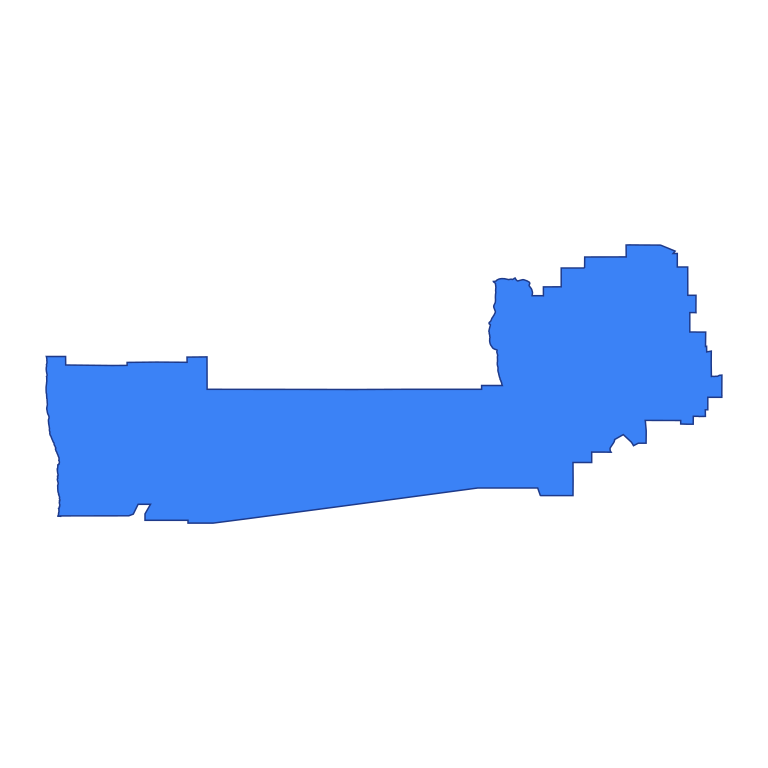 outline of Carnamah, Western Australia, Australia
{"feature_id": "25037944B79646276692029", "entity_name": "Carnamah", "entity_type": "district", "adm_level": 2, "iso_a3": "AUS", "parent_name": "Australia", "parent_adm1": "Western Australia", "projection": "mercator", "projection_center": [115.345, -29.731], "detail": "fine", "context": "isolated", "style": "filled", "palette": "blue", "viewbox_px": 768, "rotation_deg": 0, "n_neighbors": 0, "source": "geoboundaries", "source_scale": "gbopen_adm2", "svg_char_len": 5774}
<svg xmlns="http://www.w3.org/2000/svg" viewBox="0 0 768 768"><path d="M640.7,245.0L629.1,244.9L626.1,245.0L626.2,256.9L584.7,257.0L584.6,267.4L583.9,268.0L561.2,268.0L561.2,286.8L543.4,286.9L543.4,295.8L542.1,295.7L532.1,295.7L532.5,293.0L532.5,292.3L531.7,289.4L531.2,288.5L529.6,286.4L529.3,286.0L529.2,285.6L529.1,285.3L529.2,284.8L529.5,284.2L529.7,283.8L529.8,283.4L529.7,283.1L529.5,282.4L529.3,282.2L528.3,281.6L527.1,280.9L524.0,279.8L523.6,279.7L522.5,279.7L519.0,280.6L518.2,280.9L517.7,280.9L517.4,280.9L516.4,280.1L515.6,278.9L515.1,278.0L514.2,278.4L513.5,279.0L512.2,279.5L511.6,279.2L510.7,279.2L508.6,279.6L504.5,278.7L501.7,278.6L500.1,278.8L498.9,279.1L497.0,280.0L495.9,281.1L494.4,281.4L493.6,281.4L493.5,281.5L493.4,281.5L493.5,281.8L495.2,283.2L495.5,283.5L495.5,284.8L495.7,285.4L495.7,286.0L495.8,286.8L495.9,287.6L495.7,288.8L495.7,289.4L495.6,290.9L495.8,291.9L495.8,292.5L495.5,294.5L495.4,296.8L495.4,298.0L495.5,299.3L495.4,301.7L495.3,302.3L495.2,302.7L494.1,305.0L493.9,305.4L493.7,306.6L493.9,307.6L495.3,311.3L495.4,311.9L495.2,312.6L494.4,314.3L494.0,315.1L493.5,315.8L492.8,317.0L492.0,318.1L491.6,319.0L491.0,320.6L490.4,321.5L489.4,322.3L489.2,322.5L489.1,322.9L489.1,323.3L489.1,323.7L489.3,324.0L490.0,324.3L490.3,324.6L490.4,324.8L490.4,325.0L489.5,328.3L489.0,330.5L488.9,331.1L488.9,331.5L489.3,332.7L489.3,333.2L489.2,333.6L489.7,335.1L489.7,336.1L490.0,337.5L489.7,338.5L489.7,339.3L489.7,339.9L489.6,340.9L489.7,341.5L490.0,343.1L490.3,344.1L490.8,345.2L491.8,346.6L492.3,347.4L492.7,348.0L493.1,348.3L493.9,348.8L495.0,349.3L496.6,349.8L496.9,349.9L497.1,350.1L497.1,350.4L497.1,350.7L496.9,351.3L496.8,352.0L497.0,352.8L497.5,354.5L497.7,355.5L497.6,355.8L497.5,356.2L497.4,357.0L497.5,359.3L497.5,361.3L497.5,361.6L497.3,362.5L497.3,363.9L497.3,364.6L497.6,366.1L497.9,367.0L498.0,367.5L498.0,368.8L497.9,370.4L498.0,370.8L498.1,371.7L498.6,373.2L498.9,374.9L499.2,375.8L499.4,376.9L499.6,377.4L500.0,378.3L500.1,379.4L500.3,379.8L500.8,380.5L500.9,380.9L501.1,381.4L501.0,381.7L501.2,381.8L501.5,382.3L501.9,384.5L502.3,385.5L481.6,385.5L481.6,389.3L405.3,389.3L353.9,389.5L299.6,389.4L207.1,389.3L207.0,356.9L187.0,357.1L187.1,362.3L156.6,362.1L127.1,362.4L127.1,365.4L112.0,365.5L65.7,365.0L65.6,356.5L46.4,356.5L46.5,356.7L46.6,357.7L46.9,359.5L46.8,360.3L47.0,362.2L46.9,362.9L46.8,363.7L46.4,364.7L46.5,365.2L46.6,365.7L46.6,366.1L46.4,366.9L46.3,367.3L46.2,369.1L46.4,371.3L46.9,373.9L47.1,374.8L47.1,375.4L47.0,375.8L46.9,376.0L46.5,376.4L46.6,376.9L46.8,377.6L46.7,378.1L46.8,381.3L46.8,381.5L46.6,382.2L46.6,383.0L46.1,387.1L46.1,389.0L46.1,389.9L46.2,392.5L46.3,393.2L46.6,394.0L46.6,395.1L46.8,398.5L47.1,399.0L47.1,399.4L47.1,400.8L47.2,401.6L47.2,402.6L47.4,404.2L47.3,405.2L47.1,406.1L46.8,407.7L46.7,408.2L46.8,408.6L46.8,408.9L46.8,409.4L47.1,410.6L47.3,412.1L47.6,413.3L47.9,414.2L48.5,415.3L48.9,416.4L49.0,417.1L49.0,417.8L48.9,418.4L48.8,418.8L48.5,419.5L48.4,420.9L48.5,421.3L48.5,421.6L48.5,422.1L48.6,422.5L48.7,422.8L48.6,423.3L49.2,426.5L49.3,427.5L49.5,428.1L49.5,428.5L49.4,429.1L49.4,430.2L49.5,431.0L49.9,431.9L49.9,432.0L49.8,433.6L49.9,434.1L50.4,435.6L51.0,436.3L51.4,437.7L51.8,438.5L51.9,438.9L52.7,440.6L53.1,441.8L54.0,443.0L54.1,444.2L54.2,444.8L55.1,446.4L55.3,447.1L55.8,447.9L55.8,448.3L55.7,448.5L55.4,449.0L55.6,449.5L55.7,449.8L56.1,451.2L56.6,451.8L56.8,452.3L57.2,453.6L57.6,454.3L57.7,454.7L58.0,455.2L58.3,456.4L58.9,457.4L59.0,458.2L59.0,459.3L59.1,459.9L58.8,460.2L58.8,460.5L59.3,461.4L59.4,461.9L59.4,462.4L59.3,463.0L59.2,463.4L59.0,463.5L58.9,464.3L58.7,464.5L58.4,464.7L58.2,464.6L57.9,464.7L57.8,465.2L57.8,466.7L57.7,467.4L57.7,467.8L57.5,468.3L57.6,468.9L57.4,469.0L57.3,468.9L57.2,469.0L57.4,469.6L57.3,469.8L57.5,470.4L57.4,470.7L57.3,470.9L57.5,471.4L57.6,472.7L57.8,473.5L58.1,474.9L58.0,475.3L57.9,475.6L58.0,475.8L57.5,476.1L57.5,476.4L57.6,476.6L57.5,477.0L57.7,477.4L57.8,478.1L57.8,478.3L57.6,478.4L57.4,478.8L57.3,479.8L57.6,480.6L57.7,481.2L57.9,482.0L58.0,482.2L58.1,482.7L58.2,483.6L58.1,484.1L57.6,485.9L57.6,486.1L57.8,486.7L57.7,488.1L57.8,489.1L57.9,490.9L58.0,491.8L58.3,492.8L58.8,494.1L58.8,494.3L58.6,494.5L59.1,495.8L59.6,497.1L59.6,497.3L59.5,497.7L59.4,498.6L59.9,499.8L59.9,500.2L59.8,500.6L59.6,500.6L59.4,500.7L59.4,501.3L59.6,501.9L59.3,502.5L59.4,503.3L59.5,503.6L59.5,504.0L59.8,504.6L59.7,505.6L59.8,506.0L59.7,506.2L59.4,506.4L59.4,507.5L59.2,508.0L58.6,508.2L58.5,508.3L58.6,508.6L58.9,509.2L58.9,509.6L58.9,510.5L59.0,511.4L59.0,511.6L58.7,512.3L58.7,512.9L58.5,513.7L58.5,514.8L58.3,515.1L58.3,515.4L57.9,515.9L57.9,516.2L60.5,516.3L60.4,515.9L128.8,515.8L133.3,514.1L138.1,504.3L150.5,504.3L145.0,513.9L145.0,520.3L188.0,520.3L188.0,523.1L213.2,523.1L246.6,518.8L350.8,505.0L477.7,488.0L537.7,488.0L540.3,495.4L540.8,495.6L573.0,495.6L573.1,480.6L573.0,462.5L591.7,462.5L591.7,452.1L603.8,452.1L611.1,452.2L610.5,451.2L610.2,450.5L610.1,449.7L610.0,449.0L610.0,448.7L610.2,448.0L610.5,447.4L613.7,442.6L614.2,441.6L614.4,440.9L614.6,440.3L614.6,439.5L615.4,439.1L623.3,434.6L631.3,442.1L632.5,443.9L633.5,445.7L638.3,443.2L646.1,443.2L646.1,441.7L646.2,434.1L646.2,430.7L645.4,421.5L645.3,421.1L645.2,420.4L680.7,420.5L680.7,424.0L687.4,424.2L693.2,424.2L693.3,416.3L698.3,416.3L698.9,416.5L705.4,416.4L705.3,409.8L707.8,409.8L707.8,397.3L721.8,397.3L721.8,396.5L721.9,395.6L721.8,394.7L721.8,393.7L721.9,375.1L719.4,375.3L717.5,376.3L715.2,376.3L714.1,376.5L712.7,376.3L711.4,376.5L711.2,363.2L711.3,351.1L706.7,351.9L706.6,346.3L705.5,346.5L705.7,332.1L696.4,332.1L696.1,332.0L689.8,332.0L689.8,312.6L694.3,312.6L696.0,312.7L695.9,311.0L696.0,295.3L693.4,295.3L687.8,295.3L687.7,267.0L677.3,267.0L677.3,253.5L673.1,253.5L675.1,251.1L661.0,245.3L660.2,245.1L640.7,245.0Z" fill="#3b82f6" stroke="#1e3a8a" stroke-width="1.5"/></svg>